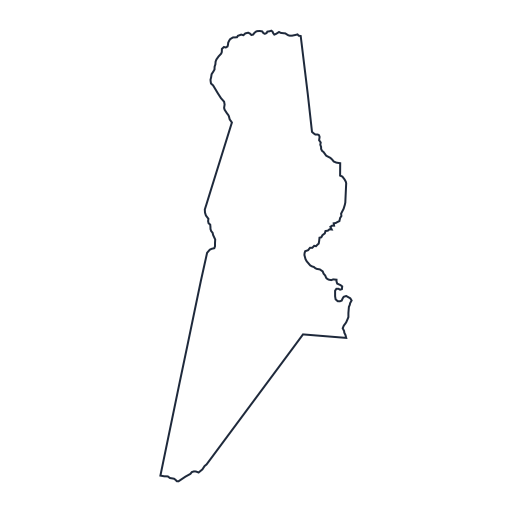 São Félix de Balsas, Maranhão, Brazil (Natural Earth projection)
{"feature_id": "56859067B7509137190866", "entity_name": "São Félix de Balsas", "entity_type": "district", "adm_level": 2, "iso_a3": "BRA", "parent_name": "Brazil", "parent_adm1": "Maranhão", "projection": "natural_earth1", "projection_center": [-44.839, -7.108], "detail": "fine", "context": "isolated", "style": "outline", "palette": "slate", "viewbox_px": 512, "rotation_deg": 0, "n_neighbors": 0, "source": "geoboundaries", "source_scale": "gbopen_adm2", "svg_char_len": 2843}
<svg xmlns="http://www.w3.org/2000/svg" viewBox="0 0 512 512"><path d="M345.8,181.7L344.6,179.5L342.4,176.6L340.1,175.6L340.2,163.2L338.2,162.9L336.3,162.6L333.7,161.5L332.2,159.6L330.4,157.9L326.2,155.7L323.6,152.1L322.0,150.8L321.1,148.9L321.1,147.0L320.3,144.7L320.7,142.5L319.1,140.2L319.6,136.9L319.0,135.2L317.7,134.5L315.3,134.5L313.7,133.4L312.0,131.9L307.8,94.3L300.7,36.0L298.7,35.7L297.5,34.4L295.7,34.9L293.8,35.3L291.9,35.7L289.7,35.7L288.1,35.2L286.7,34.3L285.3,33.4L283.3,33.2L280.8,32.9L279.0,32.0L277.3,33.1L276.0,33.9L274.3,34.6L273.2,33.2L272.5,31.6L271.3,30.7L269.5,31.3L267.4,31.6L266.5,33.1L264.8,33.8L263.4,33.1L262.2,31.4L259.8,31.0L257.6,31.1L256.3,31.4L254.5,32.8L253.1,34.6L251.4,35.0L250.0,33.6L248.2,32.7L245.3,33.4L243.4,35.2L241.2,34.6L239.6,35.2L237.9,35.8L237.0,37.2L235.0,37.4L233.1,37.4L231.5,38.3L230.0,39.3L228.9,41.2L228.2,42.7L228.0,44.7L227.5,46.5L225.8,47.5L223.9,47.0L221.9,48.9L221.8,52.0L221.2,53.6L218.6,56.4L216.4,59.5L215.6,61.6L215.4,64.3L214.6,66.7L214.5,69.5L213.3,71.6L211.6,74.2L211.1,77.4L210.5,79.8L210.7,81.7L211.0,83.5L213.1,85.4L217.9,93.4L221.0,98.2L224.1,101.7L224.6,104.5L224.1,107.9L224.6,109.7L227.0,113.4L228.2,114.9L228.9,116.3L229.7,119.4L231.9,122.5L211.0,189.6L206.4,204.5L204.8,209.5L205.0,212.6L205.9,215.5L208.4,218.8L208.1,221.1L208.6,223.3L210.2,224.6L210.4,226.5L210.5,229.1L211.2,231.1L212.6,232.8L213.1,235.0L215.2,239.5L215.0,243.0L215.0,246.3L214.3,248.2L211.7,248.8L209.8,249.7L207.1,252.8L200.9,280.7L194.3,312.3L187.6,344.6L179.7,382.2L160.4,475.6L164.2,476.3L167.8,476.4L169.9,478.0L174.0,478.7L175.5,479.8L176.8,481.2L178.5,481.3L185.5,476.6L190.4,473.9L191.8,472.1L193.9,471.4L195.9,471.5L198.6,472.5L202.4,469.4L204.6,466.0L206.5,464.5L247.6,409.1L293.1,347.8L303.0,334.4L346.2,337.9L345.5,335.1L344.3,332.7L344.1,331.0L342.7,328.3L343.8,325.6L345.4,323.5L346.2,322.3L347.6,319.1L348.4,317.1L348.4,313.0L348.9,306.9L349.8,304.8L350.1,303.2L351.6,300.5L350.3,298.3L346.2,296.0L343.7,296.8L342.7,298.3L341.7,300.6L339.9,301.3L337.7,301.2L335.6,299.3L335.1,296.3L335.1,290.7L336.4,288.8L338.5,288.8L340.1,289.7L341.9,289.1L342.2,286.4L340.5,285.1L337.2,283.6L336.5,281.4L336.5,279.7L333.2,279.4L331.3,280.1L328.9,279.7L327.4,279.0L326.2,277.9L325.2,275.5L323.6,273.7L322.7,271.4L319.8,269.4L316.8,268.9L315.3,268.2L313.9,267.0L312.0,266.4L310.2,265.4L306.7,261.3L305.5,259.1L304.4,255.0L304.6,253.0L305.2,251.2L308.1,250.2L310.0,247.8L312.3,247.8L314.2,245.8L316.0,246.2L317.3,244.8L318.7,243.6L319.2,240.7L319.5,237.7L321.3,237.3L322.5,235.1L324.8,233.4L325.5,231.0L327.8,230.7L329.5,229.3L331.7,229.5L330.4,226.8L332.0,225.7L334.1,225.7L333.7,223.3L335.7,223.0L337.3,222.1L339.4,221.1L340.1,218.0L341.4,216.0L341.1,213.7L342.0,211.9L343.6,208.8L344.8,204.9L345.3,202.6L346.1,185.1L346.2,183.4L345.8,181.7Z" fill="none" stroke="#1e293b" stroke-width="2"/></svg>